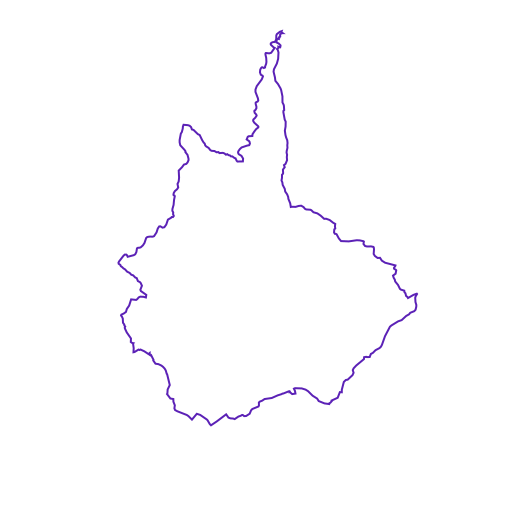 outline of Cáqueza, Cundinamarca, Colombia, rotated 232°
{"feature_id": "7082276B82562471166978", "entity_name": "Cáqueza", "entity_type": "district", "adm_level": 2, "iso_a3": "COL", "parent_name": "Colombia", "parent_adm1": "Cundinamarca", "projection": "orthographic", "projection_center": [-73.917, 4.395], "detail": "fine", "context": "isolated", "style": "outline", "palette": "violet", "viewbox_px": 512, "rotation_deg": 232, "n_neighbors": 0, "source": "geoboundaries", "source_scale": "gbopen_adm2", "svg_char_len": 6153}
<svg xmlns="http://www.w3.org/2000/svg" viewBox="0 0 512 512"><g transform="rotate(232 256 256)"><path d="M404.0,279.7L403.1,278.2L401.4,276.6L399.3,273.8L398.7,272.1L394.4,267.2L392.6,265.8L389.9,264.5L383.7,265.0L381.9,264.9L381.3,264.3L377.9,264.3L374.4,262.8L373.1,261.9L371.9,259.7L371.5,257.8L372.4,255.5L371.5,252.3L370.9,247.7L365.2,243.7L363.7,242.3L362.3,240.9L361.1,238.5L357.9,236.9L357.2,234.9L357.1,232.1L356.4,230.2L355.4,228.9L354.6,228.5L353.7,229.0L353.0,228.7L350.8,226.1L347.0,222.5L344.5,219.1L343.1,217.9L341.3,217.6L340.0,216.4L338.2,215.9L337.8,214.5L338.6,213.5L338.4,212.5L338.9,209.0L336.0,204.6L335.1,201.5L335.9,199.8L338.3,198.9L338.9,197.9L338.1,195.5L335.8,192.1L334.4,187.9L334.8,186.5L336.5,184.5L337.5,182.8L337.9,181.9L337.8,180.5L334.9,176.1L334.0,173.4L333.8,170.6L334.1,169.6L335.2,167.9L335.3,166.9L332.8,164.2L331.7,161.9L331.9,160.2L334.4,154.4L336.0,154.8L336.9,154.7L337.9,153.5L337.8,151.8L336.0,144.7L335.4,143.5L334.4,143.0L332.5,143.6L331.2,143.2L329.6,143.7L327.9,143.9L326.0,144.6L323.0,144.8L320.5,146.0L318.0,146.2L316.4,147.3L313.4,147.6L312.0,148.4L309.0,147.5L306.7,148.5L305.6,148.5L302.8,147.8L300.6,144.1L299.3,143.7L292.9,145.6L291.1,143.7L293.1,142.2L295.2,139.8L295.6,138.1L295.1,135.7L295.2,134.5L298.7,130.9L295.0,125.5L293.8,121.6L292.0,119.1L292.1,116.3L292.7,113.8L292.2,113.0L290.7,113.0L288.7,112.5L285.3,110.1L283.1,110.0L282.3,109.5L280.9,109.5L280.5,108.6L279.7,108.1L275.3,107.1L268.0,106.7L265.3,104.4L263.9,104.8L262.8,105.7L262.7,105.2L258.7,102.9L255.6,100.2L255.1,101.2L254.6,105.8L253.6,106.4L253.4,107.4L249.7,109.3L244.9,110.9L245.0,112.5L243.4,111.4L242.3,111.8L242.3,112.3L237.3,111.3L236.9,110.7L233.0,110.5L230.9,112.5L227.9,114.0L225.9,114.5L223.5,114.7L221.3,114.4L218.1,113.1L217.6,113.2L207.4,108.6L205.2,104.2L202.2,101.5L202.0,100.9L196.4,100.8L194.2,102.8L192.0,101.2L188.3,100.1L186.2,97.9L184.4,97.4L182.1,98.4L173.3,103.6L171.4,104.2L166.5,104.8L168.1,112.2L165.1,114.2L157.4,116.6L156.4,116.7L152.0,116.1L150.3,116.3L149.8,123.1L149.6,135.0L145.6,134.8L143.8,135.9L142.0,137.9L140.6,138.8L140.3,143.3L139.5,145.6L139.3,147.2L138.8,147.7L137.1,148.1L136.0,149.7L135.6,153.9L137.4,157.1L137.7,158.9L135.9,165.3L136.4,166.3L138.8,168.1L138.9,169.4L138.2,171.8L138.0,174.7L134.4,181.0L132.8,187.4L131.4,191.1L131.3,192.1L130.8,192.9L129.2,198.5L128.9,199.0L128.2,198.6L128.1,199.1L127.3,199.0L124.9,199.5L123.3,202.4L125.6,203.6L128.1,204.2L127.8,205.4L123.5,210.5L120.2,212.8L117.4,213.8L111.1,214.6L106.0,216.4L103.1,216.1L97.7,219.2L94.3,222.5L94.8,222.9L94.6,224.3L95.1,226.8L95.5,226.8L94.0,233.1L97.1,238.3L95.8,239.7L97.8,241.3L102.7,247.7L103.0,250.5L102.1,252.1L102.7,258.7L103.9,261.0L106.5,262.0L107.4,263.8L108.0,267.6L108.3,277.6L109.7,278.9L108.7,280.8L108.1,281.1L106.4,283.4L108.1,286.2L107.7,288.5L108.2,292.2L107.4,296.6L107.6,298.6L108.5,300.6L113.4,308.3L117.8,318.0L117.9,319.9L117.0,327.8L115.8,331.3L116.3,337.5L115.8,340.7L116.3,342.6L115.1,346.7L115.4,348.6L117.3,351.0L118.7,352.2L121.5,353.3L125.0,355.7L125.9,356.9L126.9,359.5L127.3,359.5L127.5,359.0L128.4,356.2L129.3,349.9L130.4,350.1L132.2,349.7L134.6,350.8L136.0,350.7L137.4,351.5L140.3,349.5L141.5,349.2L145.8,350.1L149.8,350.0L150.8,350.2L151.8,350.8L154.1,351.1L156.2,351.9L156.1,355.1L158.4,357.7L159.1,357.7L160.7,357.0L161.3,357.1L161.7,357.4L162.4,359.7L162.7,360.1L171.2,353.6L174.9,352.3L178.2,352.6L179.6,350.6L182.9,349.7L185.2,350.0L188.6,353.1L190.3,354.1L190.9,354.1L192.7,352.6L195.1,349.4L196.7,348.1L199.3,348.1L201.0,349.9L201.6,349.7L204.4,347.4L206.4,345.1L210.4,338.1L215.4,332.2L218.9,332.1L223.5,332.9L224.2,332.6L225.0,331.8L226.5,332.0L228.8,334.1L228.9,335.4L230.8,336.5L232.5,338.2L234.6,337.3L239.0,336.2L242.2,334.2L243.3,332.6L248.0,331.8L251.8,330.6L255.1,328.2L258.0,327.8L259.0,327.3L261.8,324.2L263.2,323.6L265.2,323.6L267.8,322.6L269.2,320.4L270.3,317.5L272.7,314.6L273.2,313.6L276.5,315.4L281.1,316.7L282.7,317.7L285.4,318.5L288.8,318.7L291.2,320.0L295.6,320.8L297.8,322.1L299.8,322.6L301.6,324.6L304.0,326.5L304.2,327.8L304.6,328.4L307.5,330.4L308.3,333.3L310.4,334.0L310.4,336.0L312.4,339.5L315.0,341.2L316.6,342.8L318.6,343.7L319.9,344.9L321.9,347.4L324.1,348.9L325.6,350.4L328.0,351.9L330.8,352.7L333.2,353.7L337.0,355.9L339.8,359.0L343.6,362.1L345.8,362.6L352.5,366.1L353.5,367.0L353.6,368.0L357.1,370.4L358.2,370.9L360.7,371.4L365.5,375.1L371.1,377.9L372.9,378.5L378.0,379.2L382.1,379.1L385.1,380.9L390.4,383.3L392.1,385.1L394.8,390.9L397.7,394.8L402.5,399.0L404.9,400.0L406.2,400.0L406.2,402.1L407.1,402.5L405.6,403.6L406.3,404.5L406.9,405.0L409.5,404.7L411.7,403.6L414.4,406.3L412.9,407.6L414.0,408.5L413.8,409.0L414.2,409.1L414.4,409.8L414.2,410.3L415.6,411.3L415.8,411.9L415.7,413.5L415.1,414.3L416.9,413.8L417.4,414.6L418.0,412.8L418.0,409.0L417.3,407.8L414.4,405.4L413.3,403.4L413.3,402.2L414.0,401.3L414.5,399.6L414.4,398.5L413.7,397.9L413.1,397.8L409.3,398.4L408.5,398.8L406.8,393.1L407.5,391.2L409.5,389.2L409.9,388.7L409.8,388.2L408.8,387.4L405.8,386.0L402.5,383.7L401.2,382.3L399.5,379.5L399.0,379.2L399.3,377.9L400.7,377.3L401.1,376.7L400.9,375.5L400.2,374.0L398.3,372.2L395.9,371.4L394.0,372.2L393.2,372.0L391.6,369.2L389.4,361.2L387.5,358.1L385.6,356.6L379.1,354.6L377.1,353.5L376.7,352.3L377.1,351.0L377.0,350.1L376.1,349.4L373.5,348.3L372.2,347.3L371.4,345.4L371.5,344.3L371.1,343.8L369.6,343.1L367.3,343.3L366.2,342.9L365.4,340.5L365.2,338.1L364.8,337.4L364.0,336.9L362.2,336.7L356.9,337.6L356.2,337.4L355.9,336.8L355.9,334.2L355.2,331.5L354.1,328.2L352.8,327.0L354.9,323.9L355.0,322.9L353.6,320.4L350.7,321.3L349.9,321.2L348.3,320.4L347.5,318.9L348.5,316.9L350.4,311.5L350.2,309.1L349.5,306.8L348.9,305.8L347.7,305.2L346.8,305.1L343.9,306.2L340.7,305.8L338.6,303.9L341.9,299.5L343.0,299.4L345.6,300.0L346.3,299.4L349.0,298.7L349.9,297.6L351.3,297.4L352.3,296.5L354.0,296.0L354.3,294.7L356.1,294.3L357.1,293.8L357.9,293.1L359.6,290.5L361.0,290.4L362.0,288.8L364.3,287.9L366.2,285.8L367.5,285.2L370.4,285.2L373.1,284.2L374.4,284.1L376.2,284.8L377.7,284.6L380.4,284.9L386.0,286.1L387.8,285.2L393.8,284.4L395.2,283.4L397.5,284.2L399.5,283.9L401.0,282.9L404.0,279.7Z" fill="none" stroke="#5b21b6" stroke-width="2"/></g></svg>